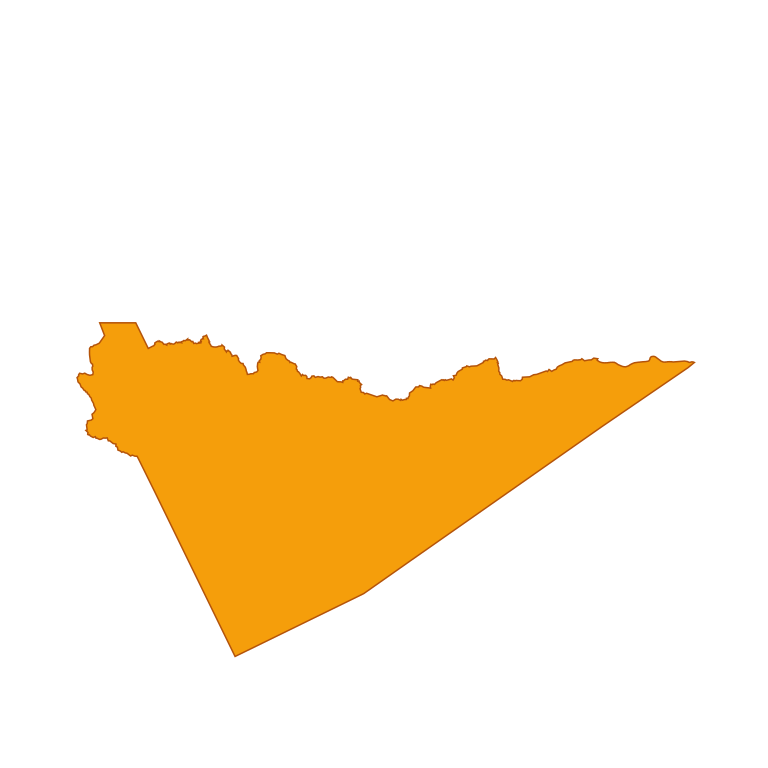 Kagua/Erave District, Southern Highlands, Papua New Guinea, rotated 334°
{"feature_id": "67681753B36334387735216", "entity_name": "Kagua/Erave District", "entity_type": "district", "adm_level": 2, "iso_a3": "PNG", "parent_name": "Papua New Guinea", "parent_adm1": "Southern Highlands", "projection": "natural_earth1", "projection_center": [144.087, -6.522], "detail": "fine", "context": "isolated", "style": "filled", "palette": "amber", "viewbox_px": 768, "rotation_deg": 334, "n_neighbors": 0, "source": "geoboundaries", "source_scale": "gbopen_adm2", "svg_char_len": 5549}
<svg xmlns="http://www.w3.org/2000/svg" viewBox="0 0 768 768"><g transform="rotate(334 384 384)"><path d="M187.7,220.2L155.3,204.4L154.1,218.0L146.0,222.5L142.2,222.5L140.3,222.0L138.5,222.7L136.8,222.0L135.0,222.9L133.3,226.2L132.1,228.8L129.9,235.3L130.0,237.3L130.7,238.4L130.0,240.4L129.0,241.0L127.9,243.4L127.9,245.8L126.4,247.9L123.5,247.3L121.3,245.3L119.8,243.1L117.5,242.8L115.1,240.9L113.5,241.9L113.1,242.9L110.9,243.7L110.7,245.2L109.9,248.0L110.8,250.7L110.5,253.9L111.3,255.5L111.7,258.3L112.5,258.9L112.5,260.4L113.6,261.3L113.2,262.7L114.1,264.1L114.1,266.4L114.7,268.4L114.2,270.2L114.4,274.1L113.9,275.9L113.8,280.7L112.0,281.9L110.5,282.7L108.3,283.2L107.1,287.6L105.1,288.1L101.3,287.2L99.9,289.5L98.7,290.2L97.1,295.1L95.7,295.0L96.7,297.8L95.6,299.3L95.9,300.1L96.9,300.3L97.3,302.0L99.2,304.6L101.5,304.8L101.4,306.5L102.3,306.9L104.0,309.1L105.3,309.6L108.1,309.5L109.8,310.5L111.6,311.1L111.3,314.2L112.6,314.9L114.5,318.8L116.8,320.5L115.7,322.4L116.7,323.9L115.9,326.8L117.6,328.6L118.4,330.5L119.8,330.5L121.2,332.5L122.7,333.6L124.7,337.6L126.6,337.6L128.5,339.7L130.4,340.7L130.5,343.7L130.7,381.7L130.7,563.6L273.9,563.5L330.0,554.5L561.3,517.8L664.4,502.6L672.4,500.7L671.6,499.8L670.5,499.1L669.7,498.8L668.8,498.8L667.9,498.4L667.2,497.8L667.2,497.6L666.5,496.8L664.1,495.1L653.6,491.0L652.0,489.9L651.8,489.9L650.8,489.3L648.6,488.3L648.2,488.3L646.9,487.7L646.6,487.7L645.0,486.9L644.2,486.2L643.1,485.0L639.9,478.7L639.1,477.8L638.5,477.4L637.9,477.1L636.7,476.7L635.7,476.7L634.7,477.2L633.5,478.6L632.3,479.3L631.5,479.3L629.1,478.6L625.4,477.1L624.6,476.9L623.9,476.5L622.8,476.3L622.4,476.0L618.4,474.7L616.1,474.5L614.9,474.5L614.7,474.6L613.9,474.5L612.6,474.8L610.9,474.8L608.7,474.5L607.0,473.5L605.8,472.5L602.9,469.2L601.7,467.0L600.4,465.4L600.1,465.4L599.6,465.0L596.8,463.7L596.4,463.7L595.7,463.3L594.2,462.9L591.3,461.6L589.4,460.4L588.5,459.6L588.2,459.4L587.2,458.2L586.0,456.1L586.8,455.2L587.2,455.0L583.9,452.7L580.9,453.2L578.6,452.2L574.4,451.0L572.9,448.0L571.5,448.4L568.7,447.4L565.9,445.9L564.4,445.6L563.2,446.2L556.0,444.4L552.2,444.7L549.6,444.5L547.2,444.8L545.2,446.2L542.8,445.9L540.3,446.2L538.7,443.3L536.4,444.5L535.5,443.4L525.5,442.3L522.6,441.3L518.1,441.4L511.4,438.6L510.3,440.3L508.1,440.9L505.9,439.7L504.3,438.7L503.0,438.6L502.4,437.7L501.4,437.7L500.7,438.1L497.8,434.8L496.1,434.4L494.9,432.9L492.8,431.8L493.3,428.4L492.4,426.0L493.1,424.4L492.7,423.0L494.3,419.9L494.8,416.3L495.8,415.5L495.2,414.5L496.0,414.1L496.1,411.6L495.9,409.1L494.0,409.8L489.4,407.4L488.0,407.8L487.4,408.3L485.7,407.1L484.3,407.5L483.4,407.2L482.8,408.2L475.4,408.4L469.9,406.1L468.3,406.0L466.3,404.0L465.6,404.5L461.5,403.9L460.8,405.0L456.1,405.3L454.4,406.1L452.6,407.8L450.0,407.0L449.9,409.3L447.8,410.7L446.9,409.0L441.8,408.1L440.9,407.0L440.1,407.4L439.5,406.4L438.8,406.6L438.0,405.5L436.4,405.5L431.4,405.7L429.2,406.5L428.0,405.5L427.2,405.7L425.9,404.7L424.6,406.3L424.1,408.1L418.2,404.3L417.1,402.5L415.2,401.0L413.9,401.8L411.2,400.6L407.0,402.7L403.0,403.3L401.6,405.8L399.9,406.7L399.2,407.5L397.9,406.7L397.3,407.7L395.5,406.9L393.5,406.7L392.6,405.2L391.8,406.0L390.1,403.9L388.0,402.8L384.6,403.1L382.2,400.4L381.2,395.8L380.2,395.5L379.7,394.8L378.7,394.2L377.9,393.3L372.0,392.4L364.3,384.7L362.3,384.5L361.9,382.7L359.9,381.5L360.4,377.7L361.4,377.0L362.2,374.9L363.6,374.7L362.5,371.7L362.9,370.4L361.6,369.9L362.3,368.7L357.5,365.7L357.0,363.6L356.6,363.9L354.9,362.3L353.4,363.8L351.4,362.8L349.1,363.4L348.4,363.1L347.6,364.5L346.4,363.3L343.1,361.5L341.7,357.5L340.9,355.5L340.0,354.6L339.5,354.9L337.8,354.0L337.0,353.3L334.2,353.2L332.5,352.4L331.8,350.5L329.6,349.8L328.0,348.4L325.1,347.9L324.6,346.0L322.6,345.3L321.3,346.3L319.3,346.7L317.2,345.3L317.9,343.4L317.4,341.9L315.4,341.0L314.9,339.7L313.2,340.6L313.0,337.8L312.5,335.5L311.8,334.8L312.1,332.9L311.7,332.1L313.3,329.9L313.0,328.7L313.1,327.2L312.1,326.4L311.4,325.5L309.7,323.4L308.9,323.4L309.0,321.9L307.9,320.4L307.0,318.2L307.3,315.5L307.4,315.0L304.9,312.6L303.0,310.3L301.2,310.4L299.1,308.0L295.7,306.2L292.1,304.4L290.5,304.8L288.3,304.3L285.6,304.6L285.3,306.1L283.9,307.9L282.2,308.3L281.8,310.0L280.7,309.2L279.7,309.8L277.8,312.8L277.1,314.9L276.7,316.6L274.8,317.4L272.4,316.8L271.2,317.5L268.4,316.3L267.6,316.3L265.4,315.5L265.8,314.0L266.0,311.7L266.4,310.4L266.7,308.1L266.0,305.4L266.3,303.8L264.7,302.9L263.9,300.9L263.6,298.7L264.4,297.5L264.1,293.8L262.8,293.0L259.6,292.5L260.0,291.0L259.6,289.3L259.9,288.2L258.6,285.3L257.9,285.8L257.0,285.3L256.4,286.0L255.8,282.5L256.8,280.9L255.5,277.9L255.1,278.5L253.2,278.1L252.1,277.6L251.2,277.6L249.3,277.2L247.8,276.4L247.1,276.0L245.3,274.4L245.3,273.1L245.0,270.6L245.6,269.9L245.1,269.7L245.8,268.3L245.7,265.4L245.9,262.3L244.0,262.4L243.0,262.1L242.1,262.1L241.8,263.1L241.2,263.4L241.3,264.1L240.7,263.9L239.2,263.8L237.4,265.4L238.3,265.8L237.3,266.8L236.1,265.6L235.7,265.4L235.6,266.2L233.0,265.4L232.5,264.6L230.8,264.2L230.8,261.9L229.7,261.7L228.7,259.1L227.8,258.9L227.6,258.5L226.8,258.3L227.3,257.4L224.5,258.0L223.0,257.1L222.5,257.4L220.2,257.2L220.2,258.2L218.7,257.1L218.3,256.6L217.8,256.9L217.4,256.4L216.5,256.5L216.0,255.4L215.1,255.3L214.2,255.8L212.4,256.0L210.6,254.7L210.3,254.2L209.3,254.4L209.2,253.2L208.1,252.9L206.3,252.9L205.8,253.8L204.7,252.2L203.5,251.9L203.0,249.3L202.0,248.4L200.9,246.7L200.4,247.3L199.5,246.3L197.7,246.4L196.1,246.6L195.6,247.4L195.5,247.9L195.0,248.1L193.8,248.7L192.7,248.6L187.7,248.7L187.7,220.2Z" fill="#f59e0b" stroke="#b45309" stroke-width="1.5"/></g></svg>